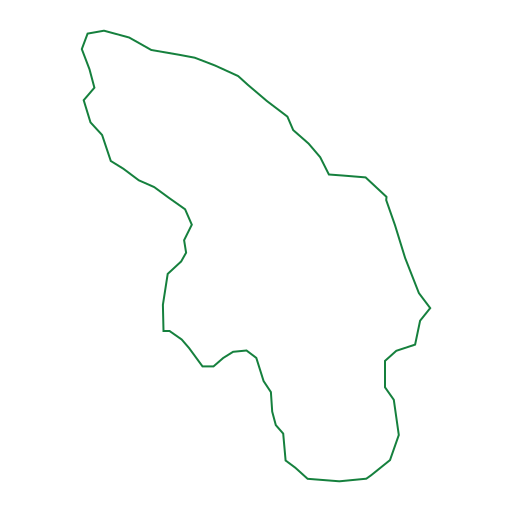 Valdemarsvik, Östergötland, Sweden
{"feature_id": "70781695B36298278943399", "entity_name": "Valdemarsvik", "entity_type": "district", "adm_level": 2, "iso_a3": "SWE", "parent_name": "Sweden", "parent_adm1": "Östergötland", "projection": "mercator", "projection_center": [16.563, 58.217], "detail": "fine", "context": "isolated", "style": "outline", "palette": "green", "viewbox_px": 512, "rotation_deg": 0, "n_neighbors": 0, "source": "geoboundaries", "source_scale": "gbopen_adm2", "svg_char_len": 972}
<svg xmlns="http://www.w3.org/2000/svg" viewBox="0 0 512 512"><path d="M366.3,478.7L371.2,475.2L390.0,460.1L398.8,435.0L393.8,399.8L385.0,387.3L385.0,360.9L396.3,350.8L415.1,344.6L420.1,320.7L430.2,308.1L418.9,293.1L405.1,257.9L395.0,225.2L386.2,200.1L386.5,196.9L365.6,177.4L342.4,175.5L328.9,174.5L320.2,157.2L308.6,143.6L293.2,130.1L287.4,116.6L267.1,101.2L247.8,84.8L238.2,76.1L215.0,65.5L194.7,57.7L179.3,54.8L151.3,50.0L129.1,37.5L104.0,30.7L87.6,33.6L81.8,49.1L89.5,69.3L94.4,87.7L83.7,100.2L89.5,119.2L90.5,122.4L102.1,135.0L110.8,161.0L123.3,168.7L138.8,180.3L154.2,187.1L168.7,197.7L185.1,209.3L191.8,224.7L184.1,240.2L186.1,252.7L181.2,261.4L167.7,273.9L162.9,304.8L163.5,331.0L169.5,331.0L181.7,339.5L189.1,348.1L202.5,366.4L213.5,366.4L223.3,357.9L233.1,351.8L246.5,350.5L256.3,357.9L263.6,381.1L270.9,392.1L272.2,411.6L275.8,425.1L283.2,433.6L285.6,460.5L295.4,467.8L307.6,478.8L339.4,481.3L366.3,478.7Z" fill="none" stroke="#15803d" stroke-width="2"/></svg>